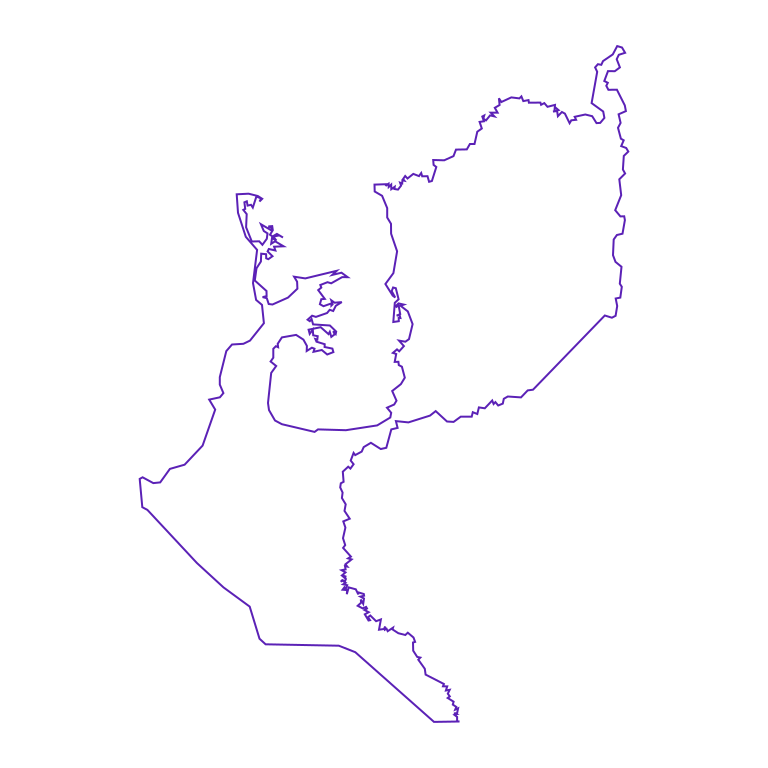 Turbo, Antioquia, Colombia
{"feature_id": "7082276B90132082814174", "entity_name": "Turbo", "entity_type": "district", "adm_level": 2, "iso_a3": "COL", "parent_name": "Colombia", "parent_adm1": "Antioquia", "projection": "orthographic", "projection_center": [-76.668, 7.972], "detail": "fine", "context": "isolated", "style": "outline", "palette": "violet", "viewbox_px": 768, "rotation_deg": 0, "n_neighbors": 0, "source": "geoboundaries", "source_scale": "gbopen_adm2", "svg_char_len": 6080}
<svg xmlns="http://www.w3.org/2000/svg" viewBox="0 0 768 768"><path d="M349.7,518.7L344.5,510.9L345.7,504.3L341.9,498.0L342.6,492.6L340.2,487.4L340.8,483.3L343.6,481.8L342.8,471.7L348.2,466.7L350.4,468.6L353.6,464.2L350.7,460.6L353.6,452.9L355.2,455.1L361.7,451.6L363.7,447.1L370.9,442.8L380.7,449.0L386.3,447.8L391.3,429.4L397.6,427.9L395.9,421.1L408.4,422.4L430.0,415.6L435.7,411.1L447.0,421.5L453.6,421.9L460.7,416.7L471.7,416.7L472.8,412.2L477.3,414.0L478.9,407.4L484.8,408.3L492.2,400.5L493.6,404.0L495.4,402.1L498.2,405.5L502.8,403.6L503.8,398.8L507.8,396.5L521.0,397.4L527.7,390.4L533.0,389.7L604.8,315.5L611.9,317.7L615.6,315.8L617.2,306.0L615.7,298.5L620.3,297.6L621.8,286.8L619.8,283.7L621.5,266.8L615.5,261.9L613.0,255.2L613.7,239.5L616.9,235.0L622.5,233.7L624.9,220.1L624.2,216.3L620.4,216.4L615.2,210.2L621.2,195.2L619.3,179.3L625.1,173.5L622.9,169.5L623.8,155.9L628.3,151.6L626.2,148.0L621.2,146.1L623.7,140.3L620.9,138.7L618.0,127.8L620.6,122.9L618.6,114.3L625.9,111.1L624.8,105.4L616.9,89.7L608.4,89.8L606.3,85.8L607.8,82.8L604.3,81.0L608.0,71.1L614.8,71.2L619.9,67.4L616.7,59.2L618.8,54.8L625.1,52.8L622.0,47.5L617.2,46.1L612.8,54.4L603.0,61.1L601.3,64.8L597.9,64.2L595.1,67.4L597.2,71.8L591.6,103.1L603.2,111.5L604.4,117.9L600.2,122.9L596.5,123.1L592.2,116.2L585.3,114.5L574.7,116.8L576.1,119.8L571.3,120.3L569.6,123.2L564.9,113.6L561.9,112.0L557.9,116.2L557.1,111.0L553.0,111.6L558.5,110.1L555.8,107.8L554.6,109.2L555.0,104.9L547.5,106.8L544.3,103.1L541.1,104.8L540.4,102.6L528.9,102.7L528.5,100.1L523.3,101.1L521.4,96.4L519.4,98.4L511.3,97.4L501.4,102.0L498.9,98.3L499.6,105.0L494.8,107.8L497.6,112.7L490.8,112.7L494.4,116.4L490.1,115.4L486.0,120.4L483.3,118.6L484.2,115.5L482.3,116.5L483.9,121.3L479.6,121.9L481.8,128.5L477.3,131.7L474.5,144.0L469.9,144.0L466.8,149.4L456.0,149.6L453.5,156.1L444.2,160.3L433.2,160.0L433.6,164.9L436.3,167.0L431.9,181.0L429.1,181.8L427.5,176.2L422.2,176.3L421.2,173.0L419.0,176.1L413.3,173.9L407.5,178.5L405.2,176.0L403.1,179.0L404.4,180.7L402.4,180.3L402.2,183.5L400.1,182.7L401.1,185.6L398.0,189.6L394.4,189.0L394.7,186.8L391.3,189.2L391.2,184.6L388.7,187.0L388.6,183.7L385.6,185.9L386.4,184.2L374.5,184.6L374.7,191.5L382.1,195.8L387.2,208.1L387.2,217.5L391.0,223.8L391.1,233.7L397.1,251.3L393.4,273.1L385.4,284.0L392.7,295.6L395.2,297.5L391.7,291.1L393.1,287.5L395.8,288.2L398.6,299.3L394.8,302.8L393.3,322.0L398.8,321.2L398.7,317.8L400.4,318.0L399.6,315.0L396.6,315.6L400.2,314.1L398.6,305.4L396.7,306.7L396.4,306.0L396.1,306.5L395.9,306.5L395.8,306.1L398.5,303.4L403.8,304.6L400.6,305.8L407.8,311.4L412.6,324.1L409.0,339.1L405.4,341.7L399.0,340.6L403.9,346.1L399.2,351.3L397.0,349.4L392.9,352.9L396.2,354.0L394.7,361.9L398.4,361.8L398.8,365.1L401.9,366.7L404.8,377.7L400.9,384.1L392.2,391.0L396.5,400.7L394.2,404.5L387.0,407.7L391.2,412.8L390.3,417.5L377.2,425.4L345.9,430.2L318.0,429.4L314.6,431.9L281.9,424.2L275.0,420.5L269.0,410.1L268.0,403.0L271.2,372.9L276.2,366.0L270.6,361.5L273.3,357.7L273.3,348.8L275.9,346.2L278.1,347.2L277.7,343.8L281.9,337.4L296.1,334.9L303.4,339.6L306.9,345.9L306.7,351.0L311.9,347.7L314.5,348.7L313.5,351.8L321.8,350.0L327.2,354.5L333.4,352.1L332.4,348.6L324.6,347.0L324.7,344.2L316.5,341.7L315.3,339.0L317.3,339.6L317.7,336.2L313.2,335.3L312.8,329.6L309.7,333.9L308.6,329.7L320.7,327.2L328.5,334.1L329.8,331.8L331.3,336.9L334.7,334.3L333.2,331.2L335.7,334.0L336.2,331.6L329.9,325.5L313.1,324.4L311.6,319.1L309.8,321.2L307.6,319.7L312.1,315.7L315.9,316.9L327.1,313.0L329.7,309.8L333.2,311.0L335.8,305.8L341.8,302.1L334.6,302.7L331.3,300.3L332.6,304.3L331.4,305.5L331.4,303.4L323.5,306.2L319.9,304.2L321.3,299.2L324.8,298.9L318.2,290.1L321.3,287.6L320.3,285.0L327.5,282.2L331.2,283.3L342.2,277.1L347.7,277.2L341.5,272.7L332.3,274.9L336.7,270.8L305.3,278.4L294.1,276.7L297.1,281.7L297.4,288.7L288.0,297.6L272.5,304.5L268.7,304.0L266.8,298.2L262.6,297.1L266.6,296.1L266.5,291.0L254.8,280.5L256.5,268.3L260.9,261.5L261.2,253.7L266.1,254.2L266.2,258.3L268.3,259.2L272.5,256.2L267.6,251.4L268.8,249.0L275.4,250.5L274.1,246.7L283.6,246.3L275.1,241.3L271.2,243.8L272.0,238.1L276.4,240.5L273.3,236.6L279.3,235.4L283.0,237.5L276.9,233.9L272.5,236.5L270.0,234.7L272.8,230.2L272.2,226.1L268.4,226.4L271.8,227.9L271.4,230.4L260.9,224.2L263.8,231.0L267.5,233.4L266.8,238.8L262.4,244.8L259.2,241.3L251.8,241.5L246.1,227.3L246.7,214.1L243.3,209.9L245.2,208.9L244.4,202.3L246.8,201.3L247.6,205.6L251.0,204.8L252.8,207.6L256.4,196.5L261.2,198.5L259.5,201.5L262.2,198.8L257.8,196.0L248.6,193.7L236.7,194.3L238.0,212.8L245.8,236.8L257.1,249.9L253.0,283.1L256.1,299.9L262.0,304.9L263.9,323.2L250.0,340.6L243.4,343.8L232.0,344.5L226.3,351.1L219.8,377.1L219.8,384.6L223.4,393.1L219.9,397.3L209.2,399.6L215.2,409.6L202.6,445.6L184.6,464.7L169.9,468.9L160.2,482.4L153.3,483.1L142.6,477.3L139.7,478.9L142.3,507.2L147.4,509.9L196.9,563.0L223.5,587.4L249.7,606.6L259.5,638.7L265.6,644.3L338.8,645.7L355.3,652.2L434.0,721.9L459.5,721.5L457.1,721.3L457.1,716.9L454.5,714.9L456.5,714.3L454.0,713.4L457.1,713.1L458.1,708.3L455.2,709.6L456.3,706.9L452.8,704.6L453.6,701.7L447.7,698.0L449.8,696.4L447.8,693.7L449.7,689.8L445.9,690.5L447.2,686.4L443.0,686.3L443.9,684.0L425.6,674.6L424.8,668.8L418.3,659.7L420.3,657.6L417.2,656.9L413.2,650.7L413.0,642.5L415.1,641.9L413.5,637.5L407.8,632.7L405.3,635.0L398.3,633.2L392.5,629.4L393.0,627.7L387.7,631.2L386.5,628.7L385.0,629.6L385.1,626.5L384.0,629.0L379.0,629.7L380.9,619.4L376.1,621.2L370.3,615.5L368.0,617.2L370.0,620.2L368.5,620.5L364.8,614.3L368.7,612.2L364.5,610.0L367.0,608.5L366.1,606.9L362.7,608.4L357.7,605.8L361.1,602.7L360.8,599.5L363.2,603.8L364.0,598.5L360.4,596.6L364.1,595.7L363.8,594.0L358.4,592.4L358.3,594.4L355.8,589.3L348.7,587.4L346.8,594.2L347.2,590.1L342.6,589.7L344.5,587.2L345.9,588.6L347.2,585.2L343.2,584.3L345.6,582.8L342.4,580.6L340.7,581.7L342.3,580.1L345.0,581.2L345.9,579.0L343.5,576.9L346.3,576.7L342.1,575.3L345.5,572.4L341.6,570.2L345.6,569.4L345.0,566.2L347.3,566.6L345.4,564.3L351.6,559.4L348.1,558.4L350.9,556.6L343.1,547.9L345.2,545.1L343.0,538.2L345.4,527.6L343.3,521.4L349.7,518.7Z" fill="none" stroke="#5b21b6" stroke-width="2"/></svg>